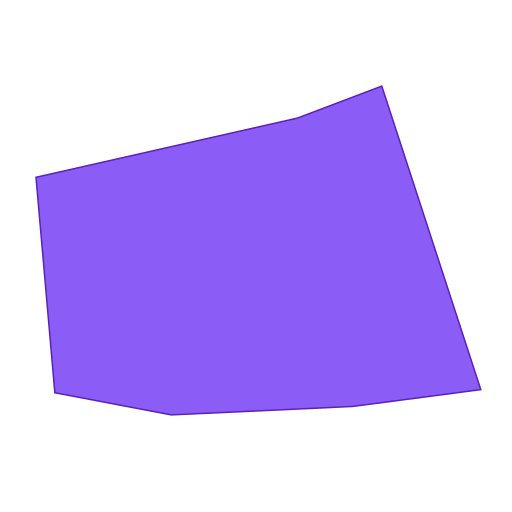 outline of 22, Ad Dawhah, Qatar, rotated 265°
{"feature_id": "91078587B26591597392685", "entity_name": "22", "entity_type": "district", "adm_level": 2, "iso_a3": "QAT", "parent_name": "Qatar", "parent_adm1": "Ad Dawhah", "projection": "equal_earth", "projection_center": [51.508, 25.289], "detail": "fine", "context": "isolated", "style": "filled", "palette": "violet", "viewbox_px": 512, "rotation_deg": 265, "n_neighbors": 0, "source": "geoboundaries", "source_scale": "gbopen_adm2", "svg_char_len": 286}
<svg xmlns="http://www.w3.org/2000/svg" viewBox="0 0 512 512"><g transform="rotate(265 256 256)"><path d="M414.3,396.1L389.8,309.3L353.6,43.7L142.4,43.7L137.2,43.7L137.0,44.7L105.1,157.7L97.7,339.1L103.3,468.3L414.3,396.1Z" fill="#8b5cf6" stroke="#5b21b6" stroke-width="1.5"/></g></svg>